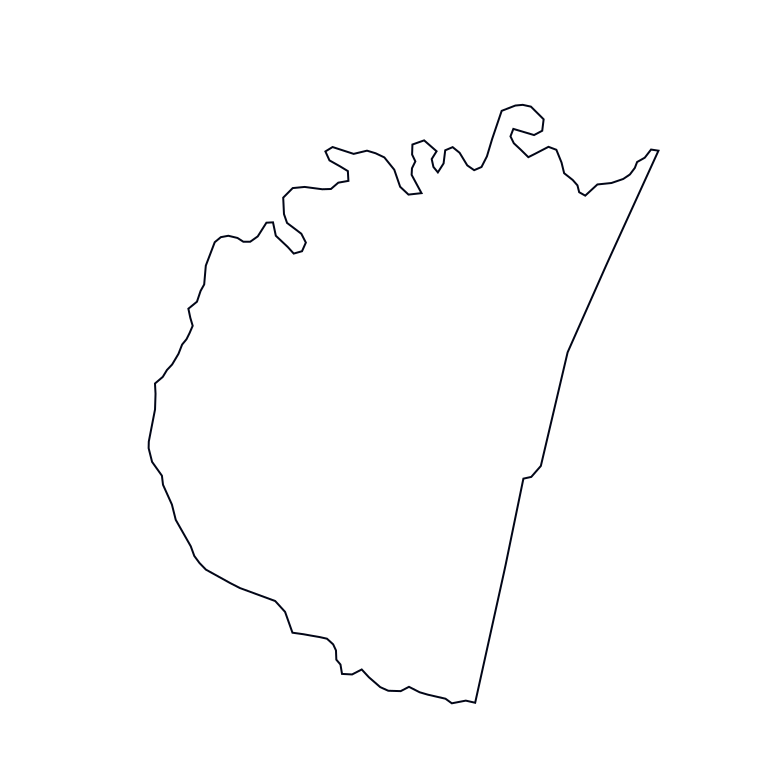 outline of Ouvidor, Goiás, Brazil, rotated 281°
{"feature_id": "56859067B74678386860853", "entity_name": "Ouvidor", "entity_type": "district", "adm_level": 2, "iso_a3": "BRA", "parent_name": "Brazil", "parent_adm1": "Goiás", "projection": "albers", "projection_center": [-47.713, -18.217], "detail": "fine", "context": "isolated", "style": "outline", "palette": "ink", "viewbox_px": 768, "rotation_deg": 281, "n_neighbors": 0, "source": "geoboundaries", "source_scale": "gbopen_adm2", "svg_char_len": 1964}
<svg xmlns="http://www.w3.org/2000/svg" viewBox="0 0 768 768"><g transform="rotate(281 384 384)"><path d="M674.6,447.4L645.1,443.4L627.1,441.6L615.6,438.3L611.1,431.7L614.5,424.0L625.4,414.1L629.6,406.2L625.1,399.5L611.9,400.4L602.0,396.5L606.5,391.1L613.9,387.9L622.5,391.2L630.8,376.9L624.5,366.2L614.6,367.8L608.5,372.3L601.1,370.3L594.6,371.2L578.5,384.4L574.6,371.9L580.7,362.2L596.3,353.2L606.5,341.1L608.9,331.7L609.8,322.8L604.1,310.3L606.8,288.3L601.1,282.1L593.1,287.8L589.2,299.5L586.1,307.9L576.6,310.3L572.9,300.7L565.3,294.7L563.4,286.3L562.3,268.5L558.9,257.0L547.7,249.5L531.7,253.4L523.6,258.1L515.7,274.2L507.9,280.3L498.7,278.2L494.8,270.5L500.1,263.4L508.9,249.5L521.5,244.2L519.9,237.8L504.8,231.9L498.1,225.5L496.8,218.8L499.4,212.3L499.8,202.9L497.0,195.8L490.9,190.8L466.2,186.5L447.4,188.5L440.4,186.2L429.1,184.7L420.6,177.6L412.1,181.2L404.6,185.1L396.8,183.4L390.3,181.6L384.2,178.3L374.4,176.5L362.7,172.3L356.4,168.3L348.8,165.5L340.8,159.1L330.8,161.6L315.3,164.1L301.7,164.1L282.6,164.1L276.1,165.2L263.3,171.2L251.6,183.5L242.9,186.3L225.2,198.8L210.9,205.5L187.8,225.3L179.0,230.6L173.1,237.0L167.8,244.6L159.3,270.8L156.2,281.5L150.2,318.6L141.4,330.4L122.4,341.6L123.0,352.6L123.1,360.1L123.3,369.0L123.1,376.6L118.7,383.8L113.3,387.7L104.3,389.8L100.3,394.8L91.4,398.1L92.8,408.1L99.5,416.6L93.2,425.2L85.7,438.2L83.7,446.7L85.7,459.0L91.5,466.3L88.2,477.8L87.4,486.4L86.8,504.4L83.5,511.5L88.8,524.7L88.5,534.3L220.6,537.7L229.7,537.9L317.7,538.9L320.9,546.3L333.5,553.6L450.1,558.2L542.2,579.3L554.0,582.1L665.4,608.9L665.1,601.4L655.9,596.8L650.2,590.1L644.0,589.0L636.6,585.4L630.9,579.7L624.7,568.9L620.6,555.4L607.3,545.6L609.5,539.0L615.9,536.0L620.3,530.3L625.3,520.6L635.3,516.0L646.8,508.5L648.2,500.2L638.6,488.1L634.2,482.4L640.1,473.5L645.1,465.5L651.2,460.9L659.1,462.3L657.0,483.8L662.8,491.0L674.3,490.2L684.3,475.3L684.5,466.9L682.4,459.8L674.6,447.4Z" fill="none" stroke="#020617" stroke-width="2"/></g></svg>